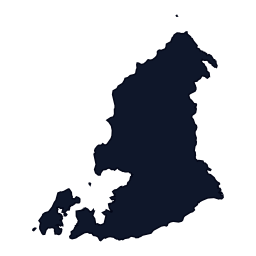 the district of Kupang, Nusa Tenggara Timur, Indonesia
{"feature_id": "22746128B27765258797580", "entity_name": "Kupang", "entity_type": "district", "adm_level": 2, "iso_a3": "IDN", "parent_name": "Indonesia", "parent_adm1": "Nusa Tenggara Timur", "projection": "orthographic", "projection_center": [123.766, -9.812], "detail": "fine", "context": "isolated", "style": "filled", "palette": "ink", "viewbox_px": 256, "rotation_deg": 0, "n_neighbors": 0, "source": "geoboundaries", "source_scale": "gbopen_adm2", "svg_char_len": 5843}
<svg xmlns="http://www.w3.org/2000/svg" viewBox="0 0 256 256"><path d="M84.2,208.3L83.7,209.9L83.2,209.5L83.1,210.0L82.3,209.9L82.3,210.3L76.3,211.2L76.4,216.2L78.8,221.2L78.1,221.7L77.9,223.0L76.7,224.2L77.5,225.2L75.7,225.7L76.1,226.2L75.0,227.2L73.9,229.9L71.2,231.9L71.6,234.4L69.8,236.4L70.1,237.9L72.1,238.7L75.8,237.8L77.1,237.0L77.1,236.3L77.5,236.6L84.5,232.6L87.7,232.1L89.4,233.1L92.3,233.2L92.6,234.4L93.6,235.4L95.4,235.6L97.4,236.4L98.4,237.3L99.8,240.2L100.7,240.6L103.7,237.8L104.8,237.5L105.2,238.1L107.8,236.9L110.1,236.5L114.5,237.3L114.8,238.0L116.8,239.0L117.8,238.8L119.1,239.9L121.8,239.1L122.8,239.6L124.7,238.4L128.8,237.7L129.4,236.9L131.4,236.1L135.1,236.9L136.0,237.7L137.1,237.3L137.9,237.6L138.8,237.2L138.9,236.7L140.6,236.4L142.4,235.1L151.0,233.1L153.3,230.2L161.1,226.0L164.3,225.3L166.5,225.9L167.3,225.2L167.8,223.3L170.5,221.8L173.2,221.2L178.6,221.9L181.6,221.1L182.6,220.0L183.4,217.3L184.5,215.9L190.3,212.3L192.6,211.6L194.4,209.9L193.7,208.3L194.0,207.2L197.2,204.7L198.2,202.1L199.1,202.4L199.3,201.8L202.2,200.2L207.7,197.9L214.0,197.4L218.8,198.9L219.5,198.5L221.7,198.8L223.1,197.4L222.8,195.0L221.3,195.4L220.6,194.5L220.6,193.7L222.1,193.4L221.5,192.3L220.7,192.2L219.7,192.9L218.9,192.6L220.8,190.0L220.0,188.4L218.1,188.1L218.3,186.8L217.6,186.4L217.7,185.7L219.5,184.0L219.3,183.2L217.1,181.9L215.3,180.0L214.1,177.7L210.5,174.7L208.1,174.1L206.4,170.7L206.9,169.4L210.4,170.4L210.8,169.5L207.7,167.7L207.0,164.9L205.2,163.2L203.6,163.0L202.9,161.1L198.7,160.5L197.4,161.2L196.8,160.1L195.0,158.7L195.3,158.0L194.9,157.1L195.4,155.5L195.1,152.2L194.3,151.3L194.2,150.4L194.8,146.2L196.0,144.4L196.3,141.8L195.8,140.5L196.2,137.9L195.0,134.4L194.9,131.5L196.2,129.3L196.7,127.3L196.3,125.5L194.7,124.1L193.2,119.6L191.4,117.2L192.3,114.9L193.6,114.3L195.5,112.6L196.2,109.0L196.0,108.0L195.1,107.9L194.9,107.3L196.0,106.2L196.4,104.8L196.2,104.0L193.9,103.6L191.5,100.4L189.6,98.8L188.7,95.6L188.7,94.7L190.0,93.6L195.1,91.0L195.9,89.2L195.8,87.2L195.3,86.6L195.3,85.8L193.7,82.3L195.0,81.4L197.0,81.1L198.2,79.7L200.2,78.5L202.0,75.6L205.5,76.5L206.2,77.5L207.4,78.1L208.3,77.3L208.4,76.4L209.4,76.5L209.0,72.9L206.6,70.8L206.6,69.0L205.8,67.0L205.0,66.4L203.8,63.9L202.8,63.6L201.4,61.8L201.5,60.6L202.1,60.3L202.3,59.4L204.3,60.3L207.1,60.1L209.0,61.6L209.0,62.5L212.0,64.0L212.2,65.0L215.0,67.2L216.0,66.9L216.5,67.3L217.0,65.7L216.0,63.6L215.8,61.2L215.0,61.0L214.6,59.8L213.6,59.9L211.2,55.9L209.0,54.6L207.0,55.4L206.5,53.7L205.9,54.0L204.8,52.5L204.5,52.9L202.8,52.2L202.8,51.5L200.2,50.8L199.2,49.0L197.1,48.2L196.5,47.2L197.1,45.6L193.4,41.1L192.1,38.6L190.9,38.1L190.5,36.8L187.2,34.1L186.9,31.9L186.0,32.0L184.1,33.6L180.7,33.7L179.8,33.2L177.1,33.0L174.2,35.0L173.4,36.9L172.4,37.6L170.9,41.8L166.5,44.1L166.1,47.1L165.2,48.9L161.2,50.5L159.6,50.1L158.3,50.6L157.4,51.9L157.6,53.6L157.0,55.7L155.5,57.5L152.5,59.8L149.9,60.3L148.7,59.8L147.8,60.0L146.3,62.0L143.7,64.1L141.1,64.6L138.7,63.2L137.2,63.0L136.8,64.7L137.2,68.1L136.5,69.6L135.8,73.4L134.4,74.6L130.2,75.6L128.0,77.6L125.1,78.4L124.5,80.3L122.6,83.5L118.3,86.1L117.0,88.7L113.2,90.8L112.6,94.5L115.2,105.6L115.1,108.6L114.5,109.1L114.6,114.1L113.5,116.9L110.7,117.7L106.9,120.2L109.0,122.0L111.5,125.8L112.4,130.4L112.1,135.7L111.2,138.5L107.1,144.3L104.9,145.3L102.7,143.7L101.5,145.2L101.9,145.8L101.3,145.3L98.6,145.3L97.4,146.2L95.2,149.0L94.7,150.7L95.5,153.0L94.9,154.0L94.3,153.7L94.1,154.4L96.2,164.5L94.6,169.5L95.7,172.9L98.3,175.0L100.1,175.0L100.7,172.8L102.9,169.8L106.0,169.4L106.5,168.8L109.2,167.8L111.5,169.5L113.8,169.4L114.5,170.1L116.1,169.0L116.2,168.4L117.8,167.9L119.0,169.4L122.8,171.3L124.4,171.3L124.9,171.8L129.0,171.7L129.9,172.7L131.3,173.0L131.5,174.2L132.5,174.6L131.7,175.3L131.9,176.4L130.7,176.8L130.0,180.2L128.7,182.1L128.0,182.4L127.6,183.7L127.9,184.1L126.6,185.8L125.0,186.0L123.0,187.1L121.8,187.2L121.7,186.5L120.5,186.8L116.9,189.7L114.5,190.1L112.7,191.6L114.0,193.9L115.0,194.1L114.3,195.8L114.9,196.5L111.8,196.9L110.3,197.7L111.8,199.5L115.0,199.3L114.6,201.3L113.8,202.3L113.1,201.6L112.4,203.1L110.8,203.3L110.1,204.4L109.4,203.6L108.6,204.0L109.4,207.9L111.0,210.5L112.0,210.9L112.1,211.6L111.3,212.1L106.3,209.9L106.2,210.6L105.1,211.4L102.5,212.6L104.5,214.6L106.2,215.2L104.2,223.6L100.7,225.1L99.7,224.7L98.9,225.1L98.5,224.3L97.4,223.8L95.6,224.2L94.6,218.7L92.6,215.7L94.2,211.2L93.6,211.3L93.3,209.7L91.7,211.6L89.9,211.8L87.7,209.2L85.4,208.0L84.8,208.5L84.2,208.3ZM69.1,189.1L68.4,189.0L63.9,191.5L61.5,192.2L60.6,192.0L58.0,193.0L56.0,200.3L54.5,202.3L52.3,207.1L48.6,211.8L45.1,212.8L42.9,214.4L42.5,215.9L39.0,220.7L40.7,222.9L39.8,226.7L39.9,228.9L42.2,233.5L43.1,234.4L44.7,234.2L46.0,230.0L48.2,227.6L49.8,227.9L52.1,227.4L54.0,228.1L54.6,228.8L54.6,231.3L55.2,232.4L54.9,232.9L55.2,234.0L56.4,233.8L58.9,234.5L60.5,233.6L61.4,231.5L61.7,229.3L61.2,228.8L60.6,229.2L58.7,228.0L57.8,225.1L57.0,225.0L58.1,224.5L60.6,225.9L61.1,225.2L62.7,225.7L62.7,224.6L61.2,220.7L60.2,220.1L60.7,219.7L61.3,220.4L62.4,218.4L62.1,217.6L61.0,216.9L61.9,216.4L61.4,216.2L61.8,215.8L61.1,214.6L59.9,214.4L59.8,213.7L58.5,213.9L57.4,212.6L57.3,211.1L56.7,211.6L57.8,209.6L56.8,208.2L56.9,207.8L57.5,208.2L58.5,206.9L60.7,208.4L62.9,208.0L63.0,209.1L62.1,212.1L64.3,212.4L68.0,209.4L68.4,209.9L69.1,209.9L69.5,208.2L69.1,207.3L70.0,206.1L70.5,206.4L70.9,205.4L72.2,205.4L74.8,203.6L75.1,202.7L79.0,202.8L79.7,201.9L79.8,199.0L78.7,197.8L76.4,196.9L74.6,199.0L72.4,198.6L72.0,197.8L72.2,196.8L71.5,195.2L71.3,192.4L69.1,189.1ZM65.2,212.9L64.0,214.0L64.4,215.6L65.2,215.9L66.2,215.5L66.8,214.5L65.2,212.9ZM36.3,228.2L34.5,228.2L33.0,229.3L32.9,230.2L33.7,230.6L34.9,229.4L34.7,229.0L36.3,228.2ZM89.9,183.1L89.2,183.2L89.1,183.8L90.1,185.1L90.5,183.7L89.9,183.1ZM177.2,16.1L176.8,15.4L176.4,15.6L176.6,16.1L177.2,16.1Z" fill="#0f172a" stroke="#020617" stroke-width="1.5"/></svg>